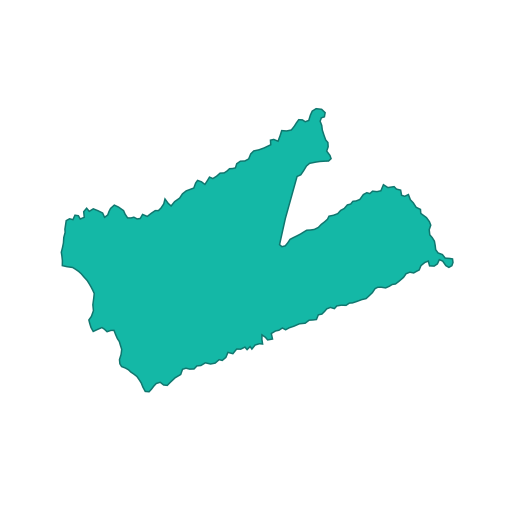 Campo Azul, Minas Gerais, Brazil (Natural Earth projection), rotated 194°
{"feature_id": "56859067B68712405721437", "entity_name": "Campo Azul", "entity_type": "district", "adm_level": 2, "iso_a3": "BRA", "parent_name": "Brazil", "parent_adm1": "Minas Gerais", "projection": "natural_earth1", "projection_center": [-44.775, -16.516], "detail": "fine", "context": "isolated", "style": "filled", "palette": "teal", "viewbox_px": 512, "rotation_deg": 194, "n_neighbors": 0, "source": "geoboundaries", "source_scale": "gbopen_adm2", "svg_char_len": 3895}
<svg xmlns="http://www.w3.org/2000/svg" viewBox="0 0 512 512"><g transform="rotate(194 256 256)"><path d="M330.7,97.8L326.9,98.4L325.2,101.5L323.6,105.2L321.9,108.2L318.4,110.3L314.4,108.5L310.8,109.0L308.6,112.7L305.0,118.3L300.4,122.8L299.9,128.3L296.8,130.2L293.0,130.2L288.8,131.4L286.7,135.1L283.0,136.4L279.3,140.1L274.0,140.2L269.7,142.2L266.7,146.5L263.5,146.5L260.7,150.3L259.9,155.7L254.8,155.6L252.3,161.0L248.3,161.9L244.7,164.9L242.0,163.0L239.8,166.7L237.5,164.7L235.3,169.4L231.5,171.7L228.3,172.2L230.1,176.5L231.1,180.9L227.2,179.4L224.4,177.4L219.9,179.4L222.4,184.5L218.9,188.0L215.8,189.5L213.0,192.5L209.4,191.6L206.4,194.4L202.3,197.0L197.5,200.7L192.0,202.7L188.9,206.6L185.3,207.7L182.0,209.0L181.3,214.0L178.0,215.6L176.0,218.9L174.6,221.8L171.4,224.1L167.2,223.9L165.5,227.1L161.4,228.9L156.7,229.9L154.0,232.9L151.1,233.8L147.6,236.0L142.8,239.3L138.9,241.3L136.6,244.8L134.2,248.6L132.6,253.1L130.3,255.1L127.0,256.0L122.5,256.4L119.2,259.0L117.0,261.3L113.9,262.6L111.1,266.1L107.6,271.1L106.1,275.1L102.8,277.5L98.9,277.7L96.6,279.9L94.3,281.9L93.6,286.6L90.5,290.7L87.6,292.7L85.2,288.4L80.7,289.3L78.1,292.2L77.2,296.8L73.6,296.2L69.5,292.6L66.1,291.6L63.6,294.0L63.3,297.4L64.6,300.7L67.5,300.5L71.9,299.7L75.5,302.5L80.1,303.0L83.2,305.6L84.7,309.6L86.5,313.6L89.4,316.4L92.5,318.6L94.3,323.4L93.9,328.2L96.1,331.3L99.9,334.5L103.8,336.1L106.4,337.2L107.7,341.0L112.4,342.0L116.2,345.6L119.8,347.9L123.0,352.5L126.1,349.9L129.4,350.1L131.6,354.9L135.9,354.9L138.8,356.7L144.6,354.3L149.6,356.0L150.6,349.5L154.2,347.7L158.6,347.1L160.6,344.1L163.8,344.2L166.7,341.6L168.9,336.0L172.2,333.6L175.2,332.5L176.7,329.3L179.7,327.7L181.9,323.4L184.9,320.7L186.9,316.9L190.6,314.3L194.8,312.3L195.5,309.0L197.8,305.6L200.3,302.5L202.4,298.8L205.8,295.9L209.4,294.4L213.0,293.3L215.4,290.9L218.1,288.1L221.3,285.3L224.4,282.7L227.0,280.4L228.4,276.4L230.1,272.9L233.1,271.3L235.9,272.7L236.6,299.6L235.4,343.1L232.2,345.6L230.5,350.1L228.8,355.6L226.4,358.9L223.6,360.2L220.9,361.5L216.8,363.2L212.4,364.6L208.6,365.7L206.7,368.6L208.6,371.5L212.8,374.9L212.4,379.4L213.7,383.5L216.4,385.4L219.3,389.7L222.1,394.2L223.8,398.6L226.4,402.3L226.0,405.9L223.3,407.6L223.6,411.8L227.8,414.2L233.3,413.5L236.5,410.2L237.3,406.0L237.6,400.3L240.7,398.2L243.9,399.3L247.5,398.6L248.9,395.2L250.2,391.2L252.2,386.8L256.6,384.7L261.4,383.9L261.7,378.6L262.4,372.7L267.0,373.4L270.0,371.9L268.6,367.5L271.4,365.2L274.3,362.8L278.9,359.7L283.6,357.4L285.8,353.8L286.6,348.4L289.8,345.5L294.1,344.2L297.0,340.9L297.3,336.5L299.9,335.2L302.8,334.3L304.7,331.4L307.0,328.9L310.9,327.7L313.6,323.8L316.6,320.7L320.2,321.3L321.3,317.7L322.9,313.1L326.9,314.8L331.0,315.2L332.2,312.2L332.8,306.9L336.0,304.7L339.5,302.3L342.4,298.5L344.1,293.7L348.1,289.1L350.5,284.0L353.9,285.8L358.1,289.3L358.1,284.3L359.7,279.7L361.7,276.4L364.7,275.7L367.8,272.3L371.1,268.1L376.1,268.9L377.4,264.4L380.3,263.2L383.9,264.1L386.4,262.7L389.8,261.9L393.1,264.9L395.5,268.0L401.2,270.2L405.8,271.1L408.6,267.0L409.4,263.6L409.8,259.9L412.3,256.9L415.2,260.6L420.2,261.7L425.3,262.4L428.6,259.0L431.9,261.4L433.9,257.3L432.0,252.0L435.5,249.4L438.1,252.1L441.5,251.8L442.4,247.0L445.9,247.0L448.7,244.4L448.3,240.2L447.9,235.8L446.9,232.7L447.0,227.5L446.0,222.0L445.8,217.3L445.8,212.5L444.4,209.2L442.7,204.6L441.6,199.8L436.9,199.9L431.1,200.5L427.7,199.4L424.3,198.1L421.3,196.5L417.7,193.9L413.8,191.3L410.8,188.4L408.5,186.0L406.2,183.4L403.9,180.5L403.3,176.3L402.5,169.2L400.5,163.6L401.1,157.6L402.7,153.5L401.0,150.3L398.8,146.7L395.7,143.4L391.9,146.5L388.2,149.3L385.4,148.3L382.2,146.5L378.8,148.7L375.8,149.5L373.2,145.8L370.5,142.3L367.9,139.9L366.1,136.8L363.7,132.9L363.1,127.9L363.4,122.4L362.0,118.5L359.7,116.2L355.6,115.7L352.1,114.7L349.4,113.1L346.3,112.0L342.4,110.3L339.1,107.4L336.6,105.0L334.1,101.5L330.7,97.8Z" fill="#14b8a6" stroke="#0f766e" stroke-width="1.5"/></g></svg>